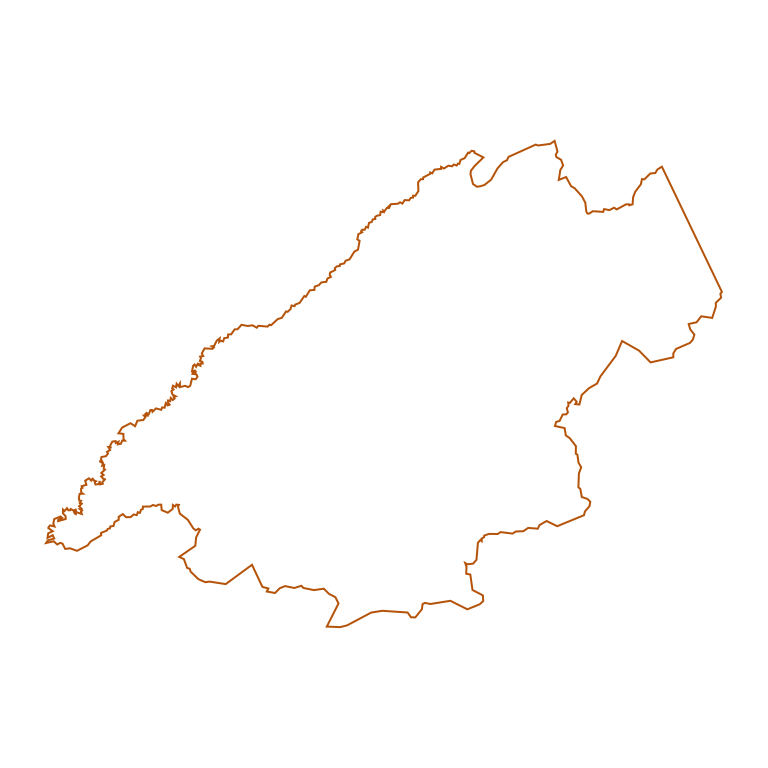 the district of Ahafo Ano North, Ashanti, Ghana
{"feature_id": "2480657B6504340506710", "entity_name": "Ahafo Ano North", "entity_type": "district", "adm_level": 2, "iso_a3": "GHA", "parent_name": "Ghana", "parent_adm1": "Ashanti", "projection": "albers", "projection_center": [-2.252, 6.91], "detail": "fine", "context": "isolated", "style": "outline", "palette": "amber", "viewbox_px": 768, "rotation_deg": 0, "n_neighbors": 0, "source": "geoboundaries", "source_scale": "gbopen_adm2", "svg_char_len": 6055}
<svg xmlns="http://www.w3.org/2000/svg" viewBox="0 0 768 768"><path d="M563.1,165.5L561.1,159.8L556.3,157.0L555.8,154.6L557.5,151.5L554.6,140.9L550.2,143.9L538.0,145.5L535.7,144.6L508.5,156.9L507.0,160.2L503.1,162.1L497.5,168.4L491.2,179.6L484.4,185.0L480.1,186.3L476.9,186.7L473.0,184.0L470.5,174.2L470.9,170.8L474.4,166.2L483.4,157.4L474.4,152.8L474.3,151.3L471.6,150.8L469.2,153.1L468.1,152.6L464.6,158.2L460.6,159.9L459.3,163.9L457.9,163.6L456.7,165.5L453.8,164.5L452.1,166.3L448.4,165.7L443.9,168.5L441.1,166.9L441.0,168.9L434.5,169.6L432.2,173.4L430.2,172.5L430.0,173.9L423.2,177.5L423.1,179.1L420.7,179.3L418.1,182.3L418.4,191.0L415.3,195.8L413.1,195.7L413.0,197.6L410.7,197.9L409.1,200.3L404.6,200.1L402.4,203.6L400.0,202.3L398.0,203.7L390.9,204.2L388.4,206.8L389.7,206.6L389.0,208.0L386.9,207.9L384.4,211.3L383.3,210.6L383.7,212.2L380.6,211.7L380.2,215.0L376.5,215.9L375.1,217.1L375.3,219.0L372.8,219.4L371.7,222.0L369.0,222.8L368.0,227.6L366.2,226.8L364.6,229.8L362.2,229.7L361.1,231.1L362.2,232.2L358.4,234.2L357.3,239.3L359.6,240.9L358.0,249.6L354.3,251.7L349.5,259.4L345.6,260.7L344.2,263.4L340.0,264.4L339.7,266.1L336.9,266.3L334.8,268.2L335.2,270.0L330.2,272.5L329.7,275.0L330.9,276.9L327.5,278.5L326.3,281.8L321.4,282.4L318.8,285.2L314.7,286.6L314.4,289.9L309.8,290.3L305.8,296.8L304.3,296.0L299.6,302.9L295.2,304.6L294.6,306.1L291.6,305.5L290.5,309.1L287.7,311.8L286.1,311.4L281.8,317.8L277.7,319.1L271.1,325.2L269.4,324.7L267.6,326.6L258.3,325.8L256.8,327.7L252.5,325.3L247.8,326.0L241.5,324.8L237.6,329.2L234.6,329.4L231.2,334.3L228.1,334.5L227.9,337.5L224.2,338.2L223.2,341.4L220.5,340.8L219.2,341.9L219.7,338.3L216.8,340.6L214.1,345.9L211.9,346.3L213.8,347.4L212.5,348.8L204.6,348.4L201.8,353.4L203.2,356.0L200.1,356.6L201.0,358.1L199.9,360.9L202.3,361.8L202.7,363.5L200.4,363.6L200.4,365.8L198.1,364.7L198.2,363.0L196.1,366.8L194.6,364.5L193.1,365.8L192.0,371.3L195.0,370.6L195.8,371.6L195.3,372.9L193.1,372.3L192.5,373.9L196.4,374.3L197.5,376.7L195.6,379.3L192.0,378.7L190.2,385.8L188.0,387.1L185.2,385.8L180.0,387.1L179.9,383.3L178.3,386.0L176.6,383.8L176.0,387.3L173.0,385.7L172.2,388.3L173.5,389.4L171.4,391.1L172.5,394.6L175.7,396.3L173.7,397.0L174.6,398.5L172.8,400.0L170.8,398.0L170.2,401.1L168.1,400.4L167.7,402.0L169.6,404.7L167.6,405.4L165.8,403.2L164.6,407.7L162.2,407.4L161.2,409.8L156.0,408.4L152.5,411.8L152.0,410.0L150.5,410.0L148.6,414.4L146.6,412.9L145.4,414.0L146.9,415.6L144.0,415.6L145.4,417.1L143.3,420.0L137.4,420.7L135.1,426.2L130.5,423.2L122.1,427.6L118.5,433.3L123.4,433.9L123.5,439.1L125.0,440.7L122.1,440.7L120.9,443.8L117.9,444.3L118.5,441.7L115.8,443.0L115.6,441.1L112.3,441.6L110.2,445.5L110.6,447.3L108.3,447.0L110.1,450.0L107.0,451.9L108.0,453.5L106.0,456.2L101.5,457.0L101.0,459.3L102.3,461.7L99.3,461.1L103.0,463.3L102.2,465.7L104.2,465.0L103.7,468.8L105.0,469.6L101.3,473.0L103.6,475.0L101.2,476.4L103.8,479.4L105.5,478.8L102.2,482.3L102.8,483.7L100.3,484.4L99.6,481.0L99.0,484.1L95.5,484.5L94.7,482.0L95.9,481.2L92.7,479.7L92.9,478.0L91.2,480.6L88.9,478.3L85.2,480.7L86.4,484.8L81.7,486.2L82.5,487.8L81.1,488.5L81.2,492.5L82.9,493.7L79.6,493.9L78.9,497.6L79.2,500.4L81.0,500.8L79.2,503.7L80.3,502.7L81.8,503.7L79.1,506.2L81.5,508.7L79.8,509.1L82.0,510.6L81.0,511.6L81.8,514.0L76.2,512.1L75.8,514.1L74.8,513.5L74.0,512.0L76.0,511.0L75.6,509.6L73.6,510.5L70.7,509.0L70.4,510.2L68.3,510.3L67.0,508.2L64.5,511.1L63.0,509.6L62.9,513.3L65.6,516.2L65.7,519.0L58.1,521.1L58.3,519.8L62.1,517.8L60.5,516.5L54.2,519.1L53.3,523.8L54.5,526.5L50.1,525.4L48.8,526.9L48.3,528.0L52.7,531.2L48.2,533.3L47.5,537.9L52.7,535.2L54.2,538.5L47.9,540.4L46.1,543.0L53.7,541.3L57.2,544.5L60.1,542.9L62.5,543.6L65.2,548.9L70.0,548.3L77.0,550.8L87.6,545.4L90.7,541.4L101.2,535.3L101.0,533.0L106.9,530.5L107.7,528.9L109.9,528.4L110.3,526.4L113.5,526.0L114.6,522.0L118.7,519.8L118.7,516.8L122.8,514.1L126.1,517.2L130.6,517.1L133.7,514.5L136.8,515.1L137.8,512.2L139.9,512.9L141.0,509.7L142.8,509.0L142.9,506.6L150.2,506.5L153.0,505.0L156.1,506.0L158.3,504.7L161.2,504.7L161.7,510.1L167.8,512.7L172.7,508.9L172.9,505.0L175.1,506.5L176.3,504.6L178.9,504.9L178.0,506.7L179.8,513.6L187.8,519.8L193.4,528.5L195.9,530.3L198.5,528.7L200.0,529.7L196.1,537.5L195.3,545.8L179.2,556.9L183.9,559.1L187.1,567.9L189.8,568.8L190.6,571.6L198.3,579.1L205.3,582.2L209.5,581.6L225.7,584.1L252.0,564.8L262.4,586.9L268.4,588.5L266.8,591.5L275.0,593.0L279.8,588.2L285.1,586.1L294.3,588.0L301.4,585.8L303.5,588.0L314.0,590.1L323.8,588.7L328.8,593.7L335.4,597.2L338.5,603.5L326.8,626.6L340.2,627.1L347.0,625.4L371.1,612.6L382.2,610.8L407.6,612.5L411.0,617.3L415.3,617.4L421.9,609.2L422.6,604.1L424.9,602.9L430.4,604.0L450.4,600.8L467.3,609.3L479.7,604.3L483.2,601.1L482.9,595.4L472.5,590.0L470.3,574.5L466.2,573.7L466.5,566.7L465.2,563.0L467.5,564.3L473.2,563.6L476.5,559.7L477.9,542.8L480.5,539.9L481.7,541.1L481.8,538.4L484.1,537.2L484.2,535.6L488.9,533.9L497.7,534.0L500.6,532.1L512.6,533.6L515.8,531.5L523.4,531.2L528.2,527.9L537.8,528.7L539.5,525.1L546.6,521.0L557.2,526.2L584.0,515.2L584.9,511.5L589.5,506.2L590.3,501.8L587.5,499.0L581.8,497.0L580.3,488.9L578.4,487.3L578.9,473.4L581.2,467.3L578.5,462.6L577.4,454.7L575.8,453.7L575.9,446.1L569.7,438.1L565.8,435.4L564.6,428.1L555.0,426.0L556.1,422.0L559.6,420.9L562.7,414.5L566.3,414.3L567.9,412.4L566.8,408.2L568.5,405.8L568.2,402.5L569.9,402.9L573.7,398.3L576.7,401.8L575.2,404.1L579.4,404.5L581.7,395.0L589.1,388.1L597.1,383.5L600.4,376.4L615.7,355.9L622.1,341.0L639.0,350.6L650.6,362.4L673.3,357.3L673.3,353.4L676.1,348.9L690.0,342.9L692.8,339.7L694.4,334.6L690.2,329.3L688.7,324.0L696.6,322.3L701.2,316.3L712.2,317.9L715.9,306.6L715.8,302.8L721.1,297.7L720.4,293.7L721.9,291.9L661.9,166.7L657.5,169.4L655.3,173.0L650.3,173.5L644.3,179.4L642.0,179.1L640.8,184.4L635.3,191.6L633.1,197.2L632.6,204.3L629.4,205.3L629.2,204.3L626.1,204.3L616.7,209.4L614.1,207.7L609.4,210.1L604.1,209.1L603.2,211.9L592.8,211.2L589.2,213.6L587.4,213.5L586.3,211.5L585.3,202.7L582.0,196.4L574.6,188.2L571.1,186.2L566.1,177.0L558.8,179.9L560.3,170.1L563.1,165.5Z" fill="none" stroke="#b45309" stroke-width="2"/></svg>